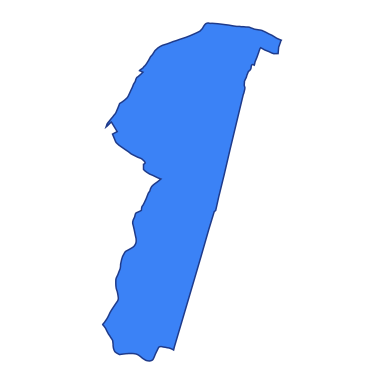 Poplaca, Sibiu, Romania
{"feature_id": "2599482B20961139122315", "entity_name": "Poplaca", "entity_type": "district", "adm_level": 2, "iso_a3": "ROU", "parent_name": "Romania", "parent_adm1": "Sibiu", "projection": "equal_earth", "projection_center": [23.942, 45.668], "detail": "fine", "context": "isolated", "style": "filled", "palette": "blue", "viewbox_px": 384, "rotation_deg": 0, "n_neighbors": 0, "source": "geoboundaries", "source_scale": "gbopen_adm2", "svg_char_len": 4136}
<svg xmlns="http://www.w3.org/2000/svg" viewBox="0 0 384 384"><path d="M106.1,126.9L107.1,126.1L111.2,122.0L111.7,122.6L111.8,122.7L117.2,131.6L112.5,134.1L115.5,141.4L116.1,142.5L117.2,143.6L119.2,145.4L122.4,147.6L125.4,149.7L128.4,151.7L131.0,153.8L132.9,154.8L135.9,156.3L137.7,157.2L139.8,158.0L140.7,158.3L141.7,158.9L142.5,159.5L143.4,160.4L144.3,161.2L144.9,162.1L145.2,162.9L144.5,163.7L143.8,164.2L143.5,164.3L143.5,168.4L143.5,169.4L144.6,170.6L146.7,172.2L149.7,174.1L152.9,175.4L155.7,176.8L158.2,178.0L160.9,179.0L157.5,181.8L155.1,183.5L153.3,184.9L151.7,186.5L150.5,188.7L149.9,190.9L148.3,193.2L146.2,198.6L144.2,202.9L143.1,205.0L142.0,206.5L141.6,208.0L141.4,210.3L140.1,211.1L137.0,212.5L136.2,212.8L135.4,213.9L134.6,217.0L133.2,220.0L132.7,221.9L132.7,223.5L133.3,225.8L134.2,229.7L135.2,234.6L136.1,238.7L136.2,241.0L136.0,242.6L135.4,244.2L134.4,245.8L133.6,246.7L132.0,247.8L129.4,249.3L128.3,249.9L127.0,250.6L125.9,251.2L125.3,251.7L124.8,252.4L124.1,253.6L122.6,256.4L122.1,258.0L121.6,259.6L120.6,264.2L120.5,266.6L120.2,268.6L119.7,269.9L118.8,272.1L117.9,274.6L116.3,277.9L115.9,279.3L115.8,281.1L115.8,283.4L115.9,285.8L116.2,288.2L116.6,289.7L117.2,291.4L117.6,293.2L118.0,295.4L118.3,297.6L118.3,299.1L117.7,300.8L116.6,302.4L115.3,304.3L114.1,306.1L113.1,307.6L111.4,310.2L110.1,312.4L108.8,315.2L107.7,317.4L106.7,319.1L105.7,320.5L104.5,322.3L102.7,324.4L103.1,325.2L103.8,325.9L105.5,328.2L106.8,330.9L108.5,334.1L109.8,335.9L110.5,337.1L111.4,338.5L112.2,339.6L112.7,340.7L112.9,342.5L113.1,344.3L113.1,345.7L113.3,347.3L113.5,348.4L114.2,350.4L114.9,351.7L116.4,352.9L118.4,354.0L119.4,354.5L119.8,354.6L120.4,354.4L123.4,354.0L126.0,353.7L127.9,353.6L128.6,353.5L129.5,353.5L130.6,353.5L132.2,353.5L133.8,353.6L136.1,354.0L137.6,354.6L138.8,355.3L140.3,356.4L142.3,358.1L143.8,359.1L145.1,359.9L146.0,360.4L147.2,360.7L149.4,361.0L151.0,360.7L152.5,360.0L153.2,359.1L154.2,357.0L155.4,354.0L157.3,350.1L158.5,347.6L159.3,346.8L160.4,346.6L161.6,346.6L163.2,347.0L165.5,347.3L167.1,347.7L168.7,347.9L170.1,348.3L172.4,349.3L173.6,350.0L174.3,347.1L193.0,283.8L200.7,257.6L208.8,229.4L214.2,211.7L215.7,210.4L218.8,196.5L219.6,193.3L224.1,175.0L230.3,148.4L243.0,95.6L243.2,94.7L243.8,93.2L244.8,89.0L244.9,87.5L244.5,86.3L244.2,85.3L244.4,82.7L244.4,81.4L245.3,79.4L246.3,77.4L246.9,75.2L248.4,71.5L249.8,70.4L250.7,69.1L251.0,68.2L251.2,66.6L251.4,65.6L251.8,64.9L252.7,64.5L253.5,64.6L253.8,65.0L254.2,65.2L254.5,64.4L255.1,61.7L256.9,57.4L258.7,52.3L259.2,50.7L260.0,48.6L260.7,47.7L264.8,50.0L268.9,51.6L272.0,53.1L273.8,53.7L278.1,53.6L278.7,46.9L279.2,45.8L279.8,43.9L280.4,42.4L280.6,41.3L281.3,40.2L279.3,39.4L278.2,38.9L276.8,38.3L274.9,37.1L272.0,35.3L268.9,33.9L266.3,32.5L264.7,31.7L263.3,31.1L262.1,30.5L261.3,30.3L259.9,30.0L258.8,29.9L257.8,29.7L256.4,29.5L254.5,29.2L253.7,28.9L252.2,28.3L251.5,28.1L250.3,27.6L249.3,27.2L248.8,27.1L248.4,27.1L246.9,27.0L245.9,27.0L245.0,26.9L244.3,26.8L243.4,26.7L242.8,26.7L241.8,26.7L241.3,26.7L241.0,26.7L240.6,26.6L240.2,26.5L239.8,26.4L238.8,26.4L236.6,26.4L233.2,25.9L228.8,25.1L224.7,24.6L221.6,24.2L217.4,23.7L212.1,23.3L210.2,23.4L209.1,23.2L208.5,23.0L207.3,23.1L206.7,23.3L205.6,23.8L204.7,24.8L203.7,26.2L202.7,28.0L201.9,29.1L200.9,30.1L200.1,31.0L198.9,31.7L196.0,33.1L190.1,35.7L186.0,37.3L179.9,39.3L176.3,40.6L173.0,41.6L171.3,42.3L168.2,43.5L166.4,44.1L164.4,44.7L162.5,45.3L160.1,46.5L157.7,48.1L157.1,48.7L155.0,50.6L153.8,52.5L152.6,54.4L151.6,55.6L150.6,56.6L148.5,60.5L146.7,63.4L145.8,64.7L144.6,66.1L144.1,66.4L143.0,67.9L141.4,69.1L140.1,69.9L139.8,70.5L139.6,70.7L141.6,71.5L142.6,72.1L142.9,72.2L142.1,73.0L141.1,74.0L139.6,75.3L138.9,75.9L138.0,76.7L137.2,77.2L136.8,77.5L136.4,78.2L135.9,79.2L135.5,80.4L135.4,81.2L134.1,83.3L133.5,84.3L132.3,87.4L131.0,90.1L129.6,93.2L128.7,95.1L128.1,96.4L127.1,97.8L124.6,100.1L123.3,101.1L121.6,102.3L120.8,102.8L120.1,103.2L119.6,103.6L119.5,103.9L119.0,105.2L118.8,105.7L117.9,108.0L116.7,110.8L116.0,112.5L115.3,113.7L114.0,115.2L112.5,117.2L111.5,118.3L109.1,121.3L108.0,122.6L107.0,124.1L106.7,125.2L106.1,126.9Z" fill="#3b82f6" stroke="#1e3a8a" stroke-width="1.5"/></svg>